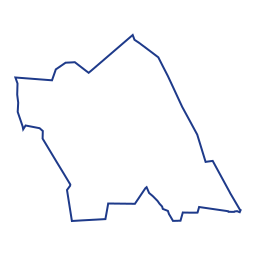 Lamadrid, Coahuila, Mexico
{"feature_id": "50627088B2503927833779", "entity_name": "Lamadrid", "entity_type": "district", "adm_level": 2, "iso_a3": "MEX", "parent_name": "Mexico", "parent_adm1": "Coahuila", "projection": "mercator", "projection_center": [-101.874, 27.163], "detail": "fine", "context": "isolated", "style": "outline", "palette": "blue", "viewbox_px": 256, "rotation_deg": 0, "n_neighbors": 0, "source": "geoboundaries", "source_scale": "gbopen_adm2", "svg_char_len": 1133}
<svg xmlns="http://www.w3.org/2000/svg" viewBox="0 0 256 256"><path d="M239.7,212.2L240.6,210.1L239.9,209.7L230.1,193.0L230.0,192.7L212.7,160.9L207.5,161.6L205.6,161.9L197.2,134.5L196.9,134.0L189.5,120.3L182.2,106.9L180.2,102.6L172.1,85.1L167.9,76.1L162.7,66.0L158.3,57.3L156.7,56.1L148.1,49.6L139.0,42.8L134.5,39.8L132.7,35.0L90.7,71.1L88.6,72.8L87.6,72.0L86.5,71.2L74.8,62.2L72.0,62.4L65.6,62.7L55.8,69.4L55.2,71.2L52.0,80.3L15.4,77.5L17.5,83.5L17.2,94.6L18.2,102.7L17.7,111.9L22.6,126.3L23.2,129.3L25.6,125.5L39.6,128.2L42.8,131.0L42.6,138.6L56.5,161.7L63.5,173.2L70.3,184.5L70.1,185.8L67.0,190.0L71.9,221.0L81.8,220.4L105.4,219.1L106.5,213.1L108.2,203.5L134.9,203.8L145.4,188.2L146.6,187.2L149.1,193.0L153.0,196.3L157.6,201.0L159.5,203.7L162.1,206.5L162.8,208.9L167.9,210.9L169.0,214.1L169.8,215.4L173.0,220.9L180.5,220.7L182.8,212.5L185.3,212.6L194.8,212.7L197.5,212.6L197.6,212.4L199.0,207.4L199.1,207.0L200.4,207.2L216.3,209.5L226.7,211.0L228.3,211.3L228.5,211.8L229.0,211.8L234.1,211.9L234.5,211.5L236.7,211.2L237.3,211.2L237.7,211.4L238.2,211.6L239.1,212.0L239.7,212.2Z" fill="none" stroke="#1e3a8a" stroke-width="2"/></svg>